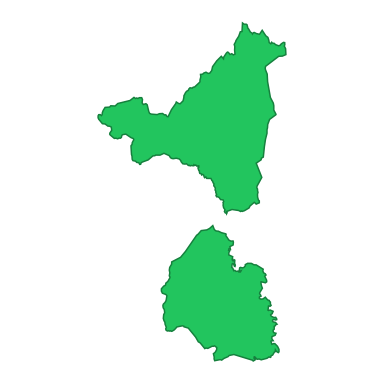 outline of Belier, Lacs, Ivory Coast
{"feature_id": "98640826B5123145245776", "entity_name": "Belier", "entity_type": "district", "adm_level": 2, "iso_a3": "CIV", "parent_name": "Ivory Coast", "parent_adm1": "Lacs", "projection": "equal_earth", "projection_center": [-5.056, 6.922], "detail": "fine", "context": "isolated", "style": "filled", "palette": "green", "viewbox_px": 384, "rotation_deg": 0, "n_neighbors": 0, "source": "geoboundaries", "source_scale": "gbopen_adm2", "svg_char_len": 6040}
<svg xmlns="http://www.w3.org/2000/svg" viewBox="0 0 384 384"><path d="M283.5,42.4L281.2,43.9L280.2,45.2L278.7,45.8L275.5,44.6L274.3,43.4L272.3,43.1L271.7,42.3L270.8,43.8L269.2,42.6L268.8,40.2L267.9,37.4L265.8,35.8L262.2,30.3L259.5,34.3L256.2,33.5L254.4,32.5L253.6,32.6L252.5,33.9L252.4,33.3L250.4,32.1L248.5,28.8L248.0,28.5L247.0,24.7L246.2,24.2L244.1,24.2L242.5,23.0L242.0,31.5L240.3,31.8L238.7,36.3L236.0,40.5L235.5,42.1L234.2,44.4L234.8,46.6L234.6,50.1L235.0,54.1L233.3,54.9L231.8,53.7L230.0,54.5L228.4,52.4L227.4,52.1L226.3,53.2L223.7,57.2L223.5,58.8L221.3,56.3L216.8,60.8L212.6,66.6L211.7,70.6L209.7,73.2L208.0,73.4L206.0,72.2L203.7,73.1L202.6,74.2L200.5,74.4L200.8,76.9L200.0,80.0L200.0,81.7L199.6,82.3L194.6,87.0L193.2,87.2L192.3,88.1L190.0,87.8L188.7,89.2L188.3,90.4L186.7,91.2L185.6,92.5L183.9,95.8L183.9,97.1L183.1,100.8L180.1,103.8L178.5,103.4L176.3,102.0L175.7,103.6L171.5,109.6L168.1,116.7L167.0,116.5L165.8,114.8L164.4,114.9L162.6,113.5L159.4,113.7L157.2,114.6L151.3,114.1L149.6,113.4L148.8,111.6L147.2,104.8L145.9,103.7L143.3,104.5L142.1,102.8L142.5,99.6L141.7,97.7L139.3,97.7L137.9,98.5L136.7,98.0L135.5,98.5L134.0,97.4L130.0,100.5L117.8,103.5L115.1,106.0L110.7,105.8L109.6,107.1L105.1,107.4L103.1,110.6L102.3,112.8L102.2,114.5L101.4,115.6L100.2,114.6L98.7,114.7L98.1,115.9L98.1,117.8L98.7,119.2L102.4,123.7L105.1,124.0L107.9,126.1L109.6,126.2L111.3,127.1L111.7,130.3L109.9,133.0L109.7,134.1L110.1,134.9L114.3,138.4L115.8,138.2L117.7,138.8L119.2,138.1L120.5,138.2L121.4,137.4L121.8,135.5L122.5,134.7L125.8,134.1L131.1,137.7L133.4,138.6L133.8,139.7L132.3,142.5L132.0,144.6L131.1,145.5L131.0,146.3L131.5,154.5L132.0,156.1L132.2,159.3L132.9,160.6L135.6,161.2L136.7,162.4L138.8,162.7L139.7,164.4L140.6,164.3L141.1,162.9L142.2,162.1L148.2,159.9L152.9,155.9L154.9,155.7L155.7,155.1L160.1,155.1L164.0,153.3L169.2,155.6L170.5,157.7L171.7,158.4L173.1,158.7L176.3,158.2L179.3,159.0L180.7,160.5L181.1,161.7L182.8,163.8L185.1,164.1L186.4,163.7L188.4,165.5L189.3,165.3L190.1,165.9L191.3,165.5L193.3,165.8L193.9,164.7L194.7,165.5L195.8,165.0L196.8,166.1L198.7,165.8L198.8,167.1L198.2,167.1L198.0,168.0L198.7,170.3L199.4,170.9L199.3,171.7L199.8,173.4L201.1,173.7L201.7,175.0L202.7,174.4L203.6,175.0L204.2,177.0L204.7,177.7L205.8,176.9L206.7,178.4L211.0,178.5L211.9,180.6L212.5,180.9L213.1,182.8L213.9,183.7L213.8,185.8L215.3,187.8L215.1,190.0L215.8,191.2L215.8,192.5L216.6,194.6L216.0,195.3L216.1,195.9L216.9,196.9L217.5,196.6L219.1,197.5L220.6,199.6L223.1,199.9L223.7,201.6L223.0,202.6L223.3,203.5L223.1,205.3L223.6,207.7L225.0,209.8L224.4,211.5L225.3,212.9L226.5,213.3L226.6,213.7L227.1,212.7L227.0,212.2L226.7,212.4L226.7,211.5L232.0,209.5L238.7,210.5L240.6,211.5L241.5,211.0L242.2,211.4L244.4,210.7L249.0,208.0L250.0,206.0L254.3,202.3L256.2,204.1L259.3,202.8L259.3,200.9L258.4,200.0L257.6,197.1L257.5,194.3L258.0,192.2L257.6,191.1L257.5,189.0L256.8,187.8L257.0,186.2L261.8,177.4L256.2,163.2L261.1,159.8L261.4,158.2L263.3,157.1L264.4,146.6L265.5,139.2L267.0,133.3L267.0,129.7L267.5,127.9L267.7,124.5L269.6,119.4L275.8,114.8L276.0,114.3L273.8,110.1L273.8,105.7L273.3,103.1L270.4,97.5L267.6,81.7L267.2,74.1L265.5,69.8L265.2,68.1L265.6,66.3L278.7,56.3L282.4,56.1L285.9,54.6L285.6,48.7L284.3,46.1L284.8,44.7L284.7,42.6L283.5,42.4ZM279.0,351.8L279.0,349.4L277.5,346.3L274.8,343.6L273.5,343.6L271.9,344.3L271.0,341.7L271.0,341.1L271.3,340.9L273.2,340.7L271.8,338.7L272.0,336.6L275.1,335.3L276.0,333.3L273.6,332.6L273.1,331.1L273.1,330.2L274.2,329.2L274.2,326.3L275.2,325.8L276.0,324.5L277.0,324.2L275.5,322.4L273.1,321.9L272.5,321.0L273.1,319.6L273.9,319.4L275.4,320.0L276.7,319.7L276.8,319.1L275.7,317.3L274.0,317.5L272.0,316.6L270.8,315.6L270.6,314.7L272.3,313.6L272.5,312.2L273.1,311.8L273.1,311.3L270.1,310.0L268.6,310.5L268.0,310.2L268.5,306.0L270.2,306.2L271.1,305.4L270.4,303.9L270.4,302.1L269.3,301.0L269.3,300.5L267.6,299.9L265.3,297.2L263.0,298.9L261.8,299.1L260.1,298.9L259.3,298.1L259.5,296.8L261.0,296.2L260.7,295.2L259.6,293.7L259.7,292.7L262.4,288.2L261.6,286.1L261.0,283.4L261.1,281.8L265.4,282.8L266.7,281.8L266.6,280.2L264.7,276.2L266.0,275.0L265.3,273.8L263.7,272.9L262.8,271.0L263.2,269.2L256.2,264.9L253.9,264.8L251.5,263.4L247.7,263.3L245.3,264.6L245.3,265.8L244.0,267.4L242.5,267.9L240.5,267.4L239.7,267.8L239.2,270.8L239.7,271.2L241.1,270.7L240.4,272.0L238.8,272.0L238.1,271.1L235.9,271.4L234.9,270.4L233.7,270.7L232.8,268.2L231.8,267.5L232.0,264.7L232.3,263.7L232.9,263.5L233.8,264.6L234.4,266.3L235.0,266.5L235.3,265.1L234.6,263.3L234.8,260.2L234.6,259.9L233.1,260.9L232.5,260.5L232.4,259.9L233.0,259.7L233.0,259.3L232.2,259.0L232.7,256.7L228.8,254.9L228.8,252.7L229.8,250.7L228.6,250.3L229.0,248.8L230.4,249.2L229.9,246.6L233.1,245.0L233.4,242.2L233.1,241.0L230.8,241.1L228.8,240.0L226.0,235.8L225.8,235.4L226.1,234.2L225.7,233.8L221.5,232.7L218.4,231.2L216.2,231.0L214.9,230.1L214.3,229.5L212.8,225.6L209.5,228.5L206.8,229.9L201.2,230.6L198.2,234.1L196.6,235.3L185.5,251.4L180.6,257.3L171.7,261.9L171.6,264.2L169.7,267.4L169.3,270.1L169.8,272.8L169.3,275.9L170.0,277.1L169.8,278.0L167.8,281.5L165.9,283.1L165.4,285.3L163.7,286.1L161.4,288.8L161.4,291.1L162.4,293.2L165.9,294.5L166.9,295.7L166.1,300.5L165.0,302.5L163.3,304.2L162.9,305.7L163.2,307.8L164.3,309.6L164.7,312.7L163.7,314.6L163.3,318.4L164.0,320.7L164.9,322.2L165.1,324.3L166.3,327.3L165.7,328.9L166.1,330.2L167.3,331.0L168.6,330.7L169.2,331.1L170.6,330.8L171.2,331.3L172.1,331.2L174.4,329.8L177.0,326.9L182.5,325.8L184.0,326.3L184.3,327.5L184.4,326.9L188.3,328.1L195.7,337.2L198.3,341.8L200.2,342.9L204.8,348.6L205.9,348.0L207.8,348.4L212.2,346.2L213.4,346.3L214.5,345.8L216.8,347.6L216.6,349.8L215.1,352.4L213.4,353.7L214.2,357.0L214.1,358.9L214.7,360.7L220.2,359.6L221.7,360.1L224.0,358.4L228.1,356.6L229.1,355.5L233.9,354.5L252.8,360.3L253.2,361.0L255.0,360.0L255.2,359.5L254.0,358.2L254.2,356.9L254.7,356.8L257.0,359.3L259.2,359.0L261.2,359.8L267.0,358.3L269.0,356.9L270.3,357.4L270.8,357.1L271.1,355.7L272.6,355.1L274.4,352.1L275.2,351.7L275.4,349.9L276.3,351.4L278.3,352.6L279.0,351.8Z" fill="#22c55e" stroke="#15803d" stroke-width="1.5"/></svg>